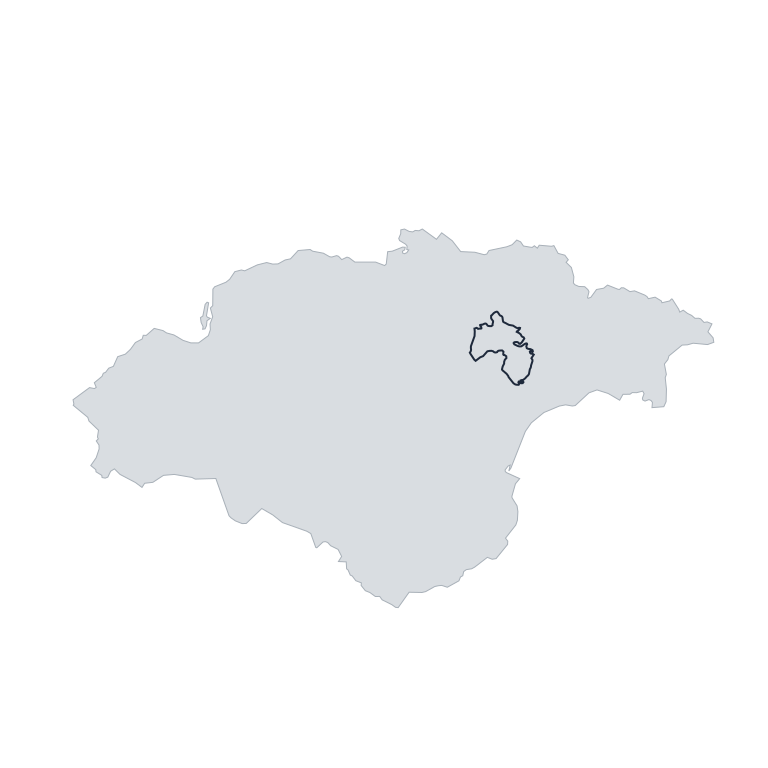 location of Markazi within Iran, rotated 126°
{"feature_id": "IRN-3231", "entity_name": "Markazi", "entity_type": "Province", "adm_level": 1, "iso_a3": "IRN", "parent_name": "Iran", "parent_adm1": "", "projection": "equal_earth", "projection_center": [49.809, 34.588], "detail": "fine", "context": "in_parent", "style": "outline", "palette": "slate", "viewbox_px": 768, "rotation_deg": 126, "n_neighbors": 0, "source": "natural_earth", "source_scale": "10m", "svg_char_len": 5845}
<svg xmlns="http://www.w3.org/2000/svg" viewBox="0 0 768 768"><g transform="rotate(126 384 384)"><path d="M380.8,218.6L387.5,219.0L399.7,214.5L400.8,213.5L404.4,204.7L408.5,200.7L415.8,196.0L420.5,194.5L437.3,195.1L438.4,191.5L441.2,189.7L459.4,190.7L462.2,193.5L463.5,198.5L478.8,203.0L482.0,204.5L485.8,208.3L488.9,209.3L492.8,207.6L495.2,208.7L499.2,207.7L511.2,213.3L513.0,218.9L515.3,221.5L518.0,223.9L527.5,228.3L530.4,230.8L537.7,241.3L556.6,241.1L557.9,243.4L557.9,247.9L559.7,258.6L558.4,262.6L561.0,266.1L561.0,272.9L562.2,277.6L560.4,284.1L558.2,285.4L559.7,291.2L558.0,296.8L558.4,299.0L555.6,303.7L555.5,305.6L550.1,310.0L554.4,316.5L548.4,316.9L544.8,323.9L546.2,332.1L545.3,336.4L546.0,338.8L547.7,340.5L556.0,342.1L556.3,343.2L548.0,355.3L548.5,360.0L555.8,384.7L555.3,397.0L556.6,409.7L577.8,413.5L580.3,416.7L582.1,423.8L582.2,429.1L581.7,431.9L559.3,464.5L571.9,480.8L572.5,484.5L580.4,500.5L587.5,508.7L599.4,513.2L605.0,519.3L609.9,519.0L609.8,527.2L612.3,544.4L611.1,552.2L615.3,553.9L621.7,552.7L624.0,554.2L625.4,557.1L623.8,558.6L624.3,565.4L622.7,566.8L622.3,573.3L612.8,573.5L604.0,576.3L600.9,578.7L599.2,583.3L596.3,582.9L595.4,584.6L589.2,587.8L587.4,600.9L585.1,604.0L583.9,622.9L582.5,623.1L579.5,626.3L560.0,620.1L557.9,615.6L555.9,614.8L553.2,619.1L543.5,616.6L540.3,617.4L538.2,616.1L533.0,616.0L528.8,613.3L518.4,615.5L511.9,610.8L505.0,609.5L496.6,609.5L489.7,606.1L486.1,607.4L484.4,604.9L474.1,602.6L470.7,594.2L470.5,590.0L467.8,582.8L466.8,572.2L464.3,564.5L459.8,558.2L448.1,554.5L442.1,556.4L437.7,560.0L430.3,562.1L424.6,569.1L421.3,568.6L407.8,578.2L404.8,578.1L394.6,571.7L390.0,570.4L380.8,570.7L375.6,566.4L374.3,563.2L362.1,556.5L354.7,550.3L352.4,544.5L349.1,540.3L341.8,536.9L337.7,533.2L326.5,531.9L318.6,522.8L318.5,519.8L313.8,509.9L313.0,502.7L311.9,500.8L308.0,497.8L307.4,495.9L308.2,491.3L303.1,488.5L302.4,486.3L302.5,479.2L290.3,462.4L287.8,453.1L285.6,452.7L274.8,458.8L271.7,455.4L262.3,449.4L260.9,447.2L263.3,446.1L265.7,447.1L267.1,445.9L266.5,443.9L264.2,442.7L261.0,442.8L261.8,444.6L258.8,446.4L258.2,448.7L258.8,455.7L257.6,457.6L252.6,458.8L249.4,461.0L246.6,458.5L245.8,453.4L244.1,450.2L241.4,449.0L239.5,445.8L236.1,444.1L236.1,426.6L227.8,426.2L228.0,412.9L231.8,399.8L224.0,387.9L220.5,378.9L218.4,377.2L214.3,377.5L200.8,365.3L196.0,362.2L189.5,361.2L188.7,357.0L190.4,352.3L187.4,346.2L186.4,344.4L183.8,343.6L184.0,339.8L180.5,340.0L174.1,329.4L172.2,327.9L176.0,319.9L173.5,313.4L175.2,307.9L178.5,308.2L179.6,300.9L185.7,293.4L191.0,290.1L191.5,287.9L190.6,283.8L187.3,278.8L187.8,274.5L188.9,272.4L194.5,270.1L194.7,269.2L192.2,267.6L182.6,267.6L177.4,262.6L172.6,261.3L169.8,250.3L169.0,249.0L166.7,248.6L165.3,246.6L164.7,239.3L161.4,236.1L158.8,225.3L158.7,222.6L159.6,220.3L154.4,215.7L153.8,208.5L154.9,206.9L148.9,201.7L146.2,201.4L145.9,200.6L150.3,189.5L152.0,187.0L148.4,185.3L148.5,179.9L147.7,175.4L148.1,171.1L145.8,168.0L145.2,166.1L146.1,161.3L143.8,159.0L142.6,154.0L151.4,152.6L153.2,144.9L156.4,141.7L161.9,145.4L169.3,157.9L173.9,161.5L177.3,165.7L193.8,170.0L197.4,168.7L203.0,168.9L210.3,161.2L213.6,160.2L222.1,152.5L232.5,145.4L237.9,144.3L245.6,153.3L241.1,156.0L240.4,158.3L240.9,160.5L244.4,162.8L244.8,165.3L243.6,166.6L239.0,167.9L237.7,170.5L242.6,174.6L245.0,178.1L247.7,179.0L251.9,184.6L258.6,183.8L259.9,197.1L263.6,208.2L270.7,213.0L289.0,216.6L291.1,218.7L294.1,224.8L298.8,229.2L313.1,237.9L328.8,242.0L339.2,241.8L377.5,231.9L381.0,231.9L375.4,234.3L377.5,235.4L382.4,235.5L383.5,234.4L383.7,232.8L380.8,218.6ZM444.0,564.0L441.7,568.1L438.2,571.5L435.5,570.5L424.7,575.5L421.8,575.2L421.4,573.6L433.2,567.7L433.8,566.2L433.0,563.1L436.9,564.4L441.1,561.9L444.6,561.2L446.3,562.9L444.0,564.0Z" fill="#d9dde1" stroke="#a8b0b8" stroke-width="1"/><path d="M311.4,323.5L311.2,325.4L308.8,331.7L308.2,333.0L306.8,333.0L305.2,333.6L303.8,334.9L302.3,335.9L292.0,338.9L288.1,341.5L286.0,343.4L285.8,343.2L284.2,342.2L284.0,341.3L284.1,340.3L283.5,339.7L282.7,339.0L282.3,338.2L281.8,337.9L280.9,338.6L280.4,339.6L280.3,340.5L279.7,340.9L278.9,340.2L278.1,339.2L276.2,338.2L275.4,337.4L275.2,336.7L275.4,335.7L275.8,334.8L275.8,333.9L275.1,332.6L274.1,331.2L272.7,330.7L271.5,331.5L270.1,332.0L269.0,332.7L268.1,335.5L267.7,336.1L265.7,337.5L265.0,337.2L262.2,336.9L260.6,336.3L259.3,335.4L259.0,334.8L259.1,334.0L259.4,333.2L260.3,330.7L260.3,330.0L260.0,329.1L260.1,328.0L260.5,327.3L263.1,324.8L263.6,324.1L263.6,323.3L263.2,321.2L263.0,319.4L262.7,317.6L260.9,313.9L260.7,310.4L260.3,308.4L259.1,307.8L258.7,306.9L259.6,306.5L262.1,306.8L263.3,307.4L263.8,307.3L263.4,304.8L263.5,302.5L264.2,301.3L264.5,300.2L264.2,298.3L264.8,297.2L269.3,297.0L271.4,297.4L272.0,298.3L271.5,299.5L271.8,301.0L272.8,302.3L273.6,303.1L274.7,303.2L275.3,301.9L274.7,298.4L274.1,296.7L273.0,295.2L271.7,294.6L269.1,293.8L268.0,293.2L267.4,292.6L267.3,292.1L267.8,291.5L268.5,291.5L269.9,291.0L271.1,289.5L270.8,288.0L269.7,286.0L269.3,283.8L270.0,282.8L270.7,282.7L270.8,283.3L270.7,284.1L271.2,284.9L272.0,285.1L272.9,284.1L273.0,282.8L272.4,282.0L272.2,280.8L272.2,280.1L276.5,279.9L277.2,278.1L278.3,277.3L282.6,275.9L283.8,275.2L285.2,274.8L286.3,274.7L290.7,272.6L292.2,272.5L292.9,272.6L294.0,272.9L296.4,273.1L298.8,273.8L300.2,275.2L300.9,275.6L301.1,275.1L301.1,274.6L300.2,273.2L300.5,272.3L301.8,272.3L302.8,273.5L302.8,275.3L303.0,276.4L303.7,276.2L304.3,274.7L305.5,274.6L306.6,276.2L307.2,277.5L307.3,279.7L305.2,287.2L304.5,288.2L303.7,290.8L303.3,295.8L303.0,297.0L302.5,297.3L300.0,298.3L296.9,298.8L295.5,299.8L293.3,300.5L291.1,300.2L289.7,301.4L289.7,303.5L290.2,304.3L289.9,305.0L287.6,306.4L287.4,308.1L288.7,309.8L289.8,310.9L290.7,311.3L291.7,311.2L292.4,311.7L293.2,312.6L293.5,313.6L293.4,314.9L294.0,316.6L295.2,318.1L296.8,319.6L303.2,320.2L305.7,321.8L311.4,323.5Z" fill="none" stroke="#1e293b" stroke-width="2"/></g></svg>